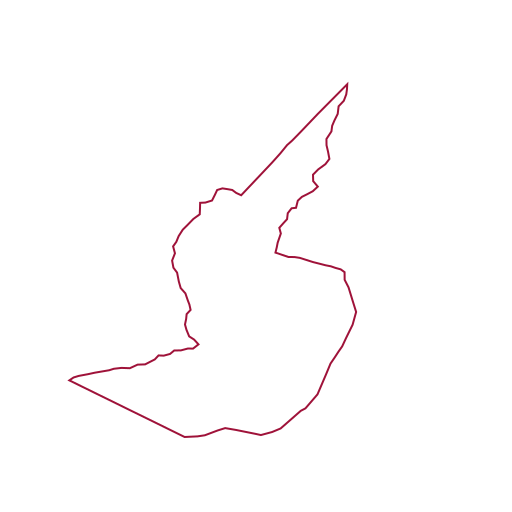 outline of Volta Redonda, Rio de Janeiro, Brazil, rotated 205°
{"feature_id": "56859067B42382109860230", "entity_name": "Volta Redonda", "entity_type": "district", "adm_level": 2, "iso_a3": "BRA", "parent_name": "Brazil", "parent_adm1": "Rio de Janeiro", "projection": "orthographic", "projection_center": [-44.078, -22.523], "detail": "fine", "context": "isolated", "style": "outline", "palette": "rose", "viewbox_px": 512, "rotation_deg": 205, "n_neighbors": 0, "source": "geoboundaries", "source_scale": "gbopen_adm2", "svg_char_len": 1696}
<svg xmlns="http://www.w3.org/2000/svg" viewBox="0 0 512 512"><g transform="rotate(205 256 256)"><path d="M372.6,64.4L358.6,64.1L244.2,61.8L232.8,67.8L226.6,71.9L217.0,81.7L211.2,87.0L200.6,89.9L180.8,94.7L175.9,95.8L167.0,103.3L160.8,110.1L150.0,134.6L146.8,138.8L141.8,156.6L142.5,178.5L143.0,190.0L141.8,197.3L140.8,204.3L139.7,210.5L139.7,219.9L139.4,234.5L141.6,247.6L149.7,256.5L158.9,266.7L165.6,271.9L168.9,278.8L173.6,279.7L178.9,278.8L183.8,278.3L189.0,277.0L194.4,276.0L201.7,274.6L215.6,272.8L220.7,271.3L226.2,268.8L239.8,267.3L240.8,272.4L242.0,277.3L243.0,286.9L246.8,291.4L244.9,297.8L243.4,302.5L245.3,308.2L243.9,314.3L240.1,316.6L241.5,323.8L239.4,329.0L235.9,333.4L231.9,338.7L229.3,345.0L235.8,348.0L238.7,353.8L236.2,360.8L231.9,368.6L230.5,375.0L234.8,381.0L238.9,386.2L241.6,391.8L240.3,400.8L242.0,406.2L242.2,412.0L242.0,419.3L244.4,426.6L242.0,433.8L242.5,440.6L244.0,445.5L245.9,450.2L260.0,411.0L268.1,387.0L272.0,375.9L274.7,369.7L277.3,359.4L280.9,347.5L295.1,304.8L300.6,304.8L305.4,305.8L309.9,304.6L315.0,303.1L319.1,299.4L319.1,294.4L319.3,287.7L324.5,283.0L329.1,280.6L326.8,275.3L324.6,270.0L328.4,263.2L331.1,255.4L333.5,248.9L334.5,241.4L334.2,235.1L335.2,229.7L330.6,224.2L330.1,216.4L325.9,210.5L320.5,207.6L315.2,200.3L310.7,195.1L304.2,192.3L299.2,187.1L295.8,183.8L292.5,179.5L294.3,174.0L292.7,169.4L291.4,163.9L287.9,159.8L282.6,154.9L276.8,154.1L270.8,151.6L273.9,145.5L278.7,143.3L284.2,138.7L290.2,135.8L292.5,130.9L297.5,126.7L302.3,124.7L304.0,119.5L306.9,115.8L310.7,110.9L317.4,107.5L322.9,101.0L330.7,97.7L337.2,93.7L340.8,90.4L352.8,82.1L358.3,77.9L366.0,72.4L370.0,68.8L372.6,64.4Z" fill="none" stroke="#9f1239" stroke-width="2"/></g></svg>